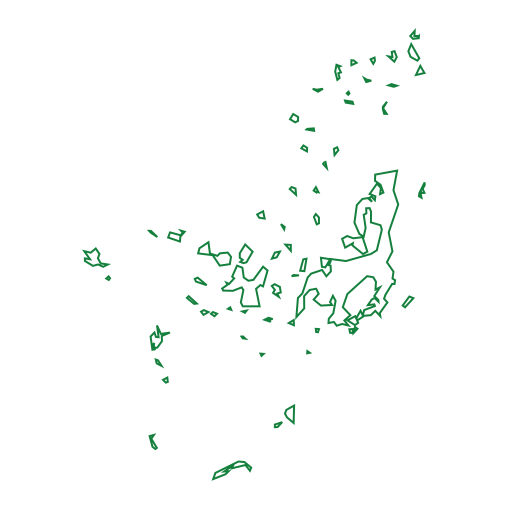 Dahlak, Semenawi Keyih Bahri, Eritrea, rotated 269°
{"feature_id": "51966322B75113483561318", "entity_name": "Dahlak", "entity_type": "district", "adm_level": 2, "iso_a3": "ERI", "parent_name": "Eritrea", "parent_adm1": "Semenawi Keyih Bahri", "projection": "mercator", "projection_center": [40.14, 15.965], "detail": "fine", "context": "isolated", "style": "outline", "palette": "green", "viewbox_px": 512, "rotation_deg": 269, "n_neighbors": 0, "source": "geoboundaries", "source_scale": "gbopen_adm2", "svg_char_len": 6187}
<svg xmlns="http://www.w3.org/2000/svg" viewBox="0 0 512 512"><g transform="rotate(269 256 256)"><path d="M216.4,346.7L233.9,366.8L232.7,372.9L228.1,375.5L220.3,374.9L222.5,379.3L213.9,373.6L210.0,377.5L208.1,377.7L211.9,373.8L210.5,371.0L204.9,367.0L205.6,373.4L203.9,374.0L200.1,363.3L194.8,361.7L199.4,359.6L191.9,355.1L190.1,356.5L194.4,363.3L194.8,369.8L199.1,374.3L193.7,379.2L196.7,378.7L207.3,386.6L211.0,383.3L214.9,384.7L225.7,391.6L225.6,394.0L229.4,394.6L231.1,392.1L237.9,393.2L247.5,386.8L258.2,392.5L277.3,389.1L305.0,399.1L319.4,394.6L338.9,398.6L335.3,376.6L329.1,376.3L325.1,381.7L317.2,384.5L315.7,381.1L321.8,382.1L326.2,378.2L316.0,370.7L313.6,376.4L309.7,375.8L313.3,372.6L312.1,370.0L308.2,373.0L311.9,368.8L311.2,363.4L305.2,357.7L287.7,355.0L276.3,359.7L273.4,364.0L282.2,366.1L295.3,364.4L296.7,367.1L301.8,367.0L301.9,370.4L298.3,371.8L287.6,371.5L284.6,381.0L280.2,382.3L259.6,376.9L256.0,370.9L249.4,345.9L251.7,330.5L250.2,330.7L248.5,330.2L247.4,329.6L245.8,328.0L245.1,330.4L239.3,330.6L234.5,326.0L240.9,321.8L237.4,310.8L233.6,307.3L217.8,301.7L213.3,297.2L194.2,295.3L202.8,303.3L215.0,303.4L221.1,309.0L222.2,315.6L217.1,318.0L211.4,312.9L205.3,320.1L205.7,331.2L208.7,329.2L214.8,332.2L209.8,334.8L197.4,332.3L192.0,327.7L187.7,327.3L188.7,332.7L184.9,335.5L186.5,341.0L184.9,347.2L190.0,343.2L195.2,349.3L203.3,341.9L216.4,346.7ZM227.8,227.1L224.1,221.6L222.0,222.6L221.6,232.3L224.9,241.2L222.1,242.8L209.8,240.0L205.9,242.0L205.6,258.7L223.2,255.5L226.9,259.9L225.5,262.5L241.3,267.3L245.2,262.9L232.2,253.0L231.4,248.0L234.7,243.4L244.5,242.2L246.7,236.9L235.8,231.8L234.0,233.8L228.6,228.6L229.8,226.0L227.8,227.1ZM270.6,208.7L264.7,199.6L259.6,198.2L257.6,212.7L247.0,219.6L248.3,229.7L255.6,231.0L259.9,227.8L259.3,220.0L256.8,217.4L259.3,210.0L270.6,208.7ZM271.7,342.4L262.8,345.3L267.1,353.1L264.9,352.6L256.1,363.0L258.4,367.4L273.0,362.9L272.0,353.6L274.4,347.5L271.7,342.4ZM256.6,84.9L254.0,84.9L249.0,92.8L250.3,98.0L247.9,103.0L250.1,107.7L251.3,100.6L256.5,97.9L260.8,99.5L266.3,95.9L262.2,90.8L263.8,84.4L255.6,90.0L256.6,84.9ZM177.3,149.2L163.1,150.9L168.6,151.2L170.8,152.6L165.4,152.1L163.7,153.4L167.6,152.6L165.7,153.0L166.2,155.8L172.5,160.5L177.7,160.4L180.9,168.6L179.8,159.5L188.3,155.8L176.5,157.2L176.8,154.6L181.3,153.1L177.3,149.2ZM39.8,211.6L33.7,209.3L38.3,221.7L41.3,224.9L41.1,220.5L47.2,229.6L44.1,228.1L47.2,241.8L41.4,246.2L44.5,247.5L50.2,240.8L50.8,234.9L39.8,211.6ZM259.0,239.8L254.4,239.8L252.4,242.6L250.4,240.1L249.1,243.4L249.9,246.4L260.4,252.7L267.7,245.4L259.0,239.8ZM97.9,282.2L94.1,284.2L88.4,290.7L105.8,291.5L101.6,283.7L97.9,282.2ZM458.1,411.9L452.4,414.0L448.5,420.8L450.8,422.7L465.1,414.9L458.1,411.9ZM281.1,170.5L276.0,168.5L271.8,180.2L276.7,180.7L281.5,185.1L282.6,181.5L280.8,183.2L278.0,181.1L281.1,170.5ZM253.1,320.9L244.1,321.7L243.4,325.1L251.5,330.1L253.1,320.9ZM227.5,274.1L225.8,271.3L221.8,274.3L218.8,272.4L214.8,278.1L218.1,276.6L219.1,280.1L224.7,279.3L227.5,274.1ZM251.8,303.2L240.5,299.9L240.0,304.1L252.4,306.4L251.8,303.2ZM394.3,300.5L397.3,295.7L392.2,292.4L389.0,297.5L390.3,300.4L394.3,300.5ZM212.8,408.6L203.9,401.8L202.1,404.1L211.1,412.6L212.8,408.6ZM190.1,346.3L185.2,353.7L187.4,357.0L194.1,354.2L190.1,346.3ZM452.6,395.9L453.3,391.8L447.9,397.7L452.4,400.2L458.4,398.1L457.7,395.3L452.6,395.9ZM443.2,423.6L434.2,419.1L436.0,427.6L443.2,423.6ZM297.5,257.9L294.2,259.9L293.3,265.3L300.6,263.9L297.5,257.9ZM438.1,344.1L445.3,340.8L443.6,341.9L444.3,343.5L445.8,339.8L439.0,338.4L430.7,340.4L432.5,342.7L437.3,341.5L438.1,344.1ZM227.7,206.2L235.4,197.3L234.2,194.4L231.5,195.5L227.7,206.2ZM316.0,420.4L312.9,420.0L311.4,422.5L316.5,421.5L318.5,422.2L316.0,422.0L316.2,425.5L320.2,423.8L323.8,425.9L326.6,425.9L316.0,420.4ZM253.1,271.9L254.3,276.7L260.0,280.0L259.1,274.9L253.1,271.9ZM77.8,146.5L67.0,149.2L64.8,152.0L65.9,153.5L75.1,148.1L78.9,150.8L77.8,146.5ZM296.9,316.5L294.0,314.6L286.6,317.3L287.6,319.5L293.4,319.6L296.9,316.5ZM365.7,305.3L362.9,303.2L359.7,308.8L363.3,309.0L365.7,305.3ZM209.5,196.0L217.0,188.0L215.3,186.2L209.2,193.3L209.5,196.0ZM478.3,418.6L473.3,414.1L470.4,416.7L470.9,422.5L472.8,422.7L471.0,421.1L473.2,421.8L473.1,418.2L478.3,418.6ZM200.8,207.5L202.8,202.9L201.3,200.1L198.1,202.5L200.8,207.5ZM452.3,378.0L450.7,374.0L446.1,376.6L449.0,378.3L452.3,378.0ZM266.5,291.0L266.9,285.6L260.6,290.9L266.5,291.0ZM422.0,325.9L421.2,319.5L422.2,315.6L419.2,320.9L422.0,325.9ZM324.3,292.8L322.4,290.9L316.5,297.1L322.8,296.7L324.3,292.8ZM363.3,339.0L361.8,335.8L355.6,336.3L360.3,340.2L363.3,339.0ZM403.0,385.5L400.6,385.4L395.9,386.6L395.8,389.2L401.6,385.6L408.0,389.7L403.0,385.5ZM194.0,267.4L192.1,263.4L189.9,269.6L192.1,267.5L192.7,271.6L194.0,267.4ZM199.0,216.0L200.7,212.0L199.0,210.0L196.5,213.4L199.0,216.0ZM87.1,271.9L84.5,271.9L84.6,274.6L89.4,279.3L87.1,271.9ZM191.3,292.6L188.4,287.6L186.1,292.7L191.3,292.6ZM154.2,154.0L150.4,154.8L147.8,159.6L153.4,156.2L154.2,154.0ZM450.1,354.8L445.1,354.7L447.4,360.0L449.8,357.2L450.1,354.8ZM382.6,316.0L382.2,309.4L381.6,308.7L380.1,316.3L382.6,316.0ZM136.0,165.2L133.8,160.9L131.0,163.6L131.6,165.6L136.0,165.2ZM409.9,347.7L407.8,348.4L406.4,355.8L408.6,355.2L409.9,347.7ZM429.3,374.3L430.4,369.7L431.9,367.4L428.0,369.3L429.3,374.3ZM423.8,399.8L425.5,394.5L424.3,391.5L422.8,396.7L423.8,399.8ZM323.8,317.1L320.4,314.8L317.9,318.3L319.2,317.2L318.6,319.6L323.8,317.1ZM284.6,285.2L287.4,281.5L282.1,284.6L284.6,285.2ZM235.2,291.3L235.9,298.7L236.3,293.3L235.2,291.3ZM181.1,348.1L177.6,348.7L177.2,351.4L181.3,351.4L181.1,348.1ZM342.7,328.3L348.8,327.1L348.2,325.6L346.8,324.7L342.7,328.3ZM183.3,353.7L177.7,352.6L181.5,356.2L183.3,353.7ZM238.2,108.3L236.1,105.9L234.6,108.4L236.3,109.7L238.2,108.3ZM182.1,314.5L179.0,314.8L178.7,316.6L181.8,317.7L182.1,314.5ZM158.3,308.1L160.0,305.7L157.8,305.5L158.3,308.1ZM202.6,230.3L205.1,229.3L203.7,227.1L202.6,230.3ZM276.7,157.7L283.0,151.3L283.0,149.6L281.0,151.4L276.7,157.7ZM156.1,259.8L158.0,261.9L158.3,258.8L156.1,259.8ZM417.1,349.6L415.6,351.0L416.8,352.2L418.7,351.4L417.1,349.6ZM199.4,243.9L201.6,245.7L200.8,241.4L199.4,243.9ZM173.5,244.0L175.8,241.6L175.7,240.1L173.9,241.3L173.5,244.0Z" fill="none" stroke="#15803d" stroke-width="2"/></g></svg>